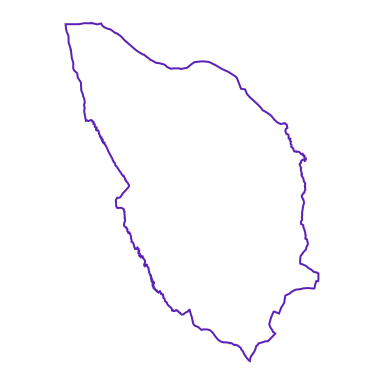 Mbozi, Mbeya, United Republic of Tanzania (Equal Earth projection)
{"feature_id": "72390352B44769786141856", "entity_name": "Mbozi", "entity_type": "district", "adm_level": 2, "iso_a3": "TZA", "parent_name": "United Republic of Tanzania", "parent_adm1": "Mbeya", "projection": "equal_earth", "projection_center": [32.882, -8.972], "detail": "fine", "context": "isolated", "style": "outline", "palette": "violet", "viewbox_px": 384, "rotation_deg": 0, "n_neighbors": 0, "source": "geoboundaries", "source_scale": "gbopen_adm2", "svg_char_len": 5989}
<svg xmlns="http://www.w3.org/2000/svg" viewBox="0 0 384 384"><path d="M236.0,76.8L228.4,71.9L222.2,69.1L216.0,65.4L209.1,62.0L204.1,61.4L200.7,61.4L194.4,62.2L191.6,64.1L187.1,67.8L180.6,69.0L179.7,68.4L172.9,68.4L171.0,68.8L167.0,66.9L165.1,65.0L163.8,64.4L159.3,63.2L155.7,62.7L154.4,61.7L150.5,59.9L148.3,57.9L146.9,57.1L144.2,54.8L142.4,54.3L137.6,51.3L135.2,49.5L124.5,40.2L121.5,36.8L118.7,34.6L116.6,33.3L115.4,33.1L110.5,29.4L106.7,28.4L103.7,26.9L101.8,24.9L101.2,23.5L97.3,24.4L91.7,23.0L91.8,23.3L84.2,23.2L78.9,24.2L65.6,24.2L66.0,28.8L66.8,32.0L68.5,35.8L68.6,42.6L70.3,47.8L70.7,50.1L70.9,50.0L71.8,57.8L73.3,63.1L73.2,68.1L73.5,69.1L74.6,71.0L76.6,72.6L77.3,73.7L77.7,77.5L80.9,82.5L81.3,90.5L82.5,93.5L83.1,95.3L83.0,95.9L84.4,99.2L84.8,102.4L84.0,104.8L84.7,108.3L84.2,110.2L84.2,111.6L85.9,120.8L87.0,120.3L88.1,121.1L91.1,120.0L91.9,120.4L92.4,121.7L93.4,121.6L93.8,122.8L93.5,124.0L94.7,124.3L94.8,126.8L95.4,127.4L95.9,127.1L96.4,127.3L96.7,128.0L96.7,128.5L96.0,129.4L96.2,130.2L96.9,130.4L97.3,130.2L98.3,130.6L98.8,131.9L98.9,133.5L100.1,135.6L99.9,136.6L100.6,137.0L100.9,137.9L101.4,137.7L101.4,138.9L101.9,140.3L102.5,139.4L102.8,139.7L102.7,141.2L103.2,141.9L103.0,142.5L103.8,143.2L104.5,142.8L104.7,144.2L105.2,144.5L105.5,145.5L106.7,147.3L108.4,151.5L112.4,158.8L112.7,160.0L113.5,161.1L113.5,161.9L114.8,163.0L115.5,165.6L116.7,166.6L122.8,175.8L123.6,175.7L124.1,177.1L124.6,177.5L124.9,178.8L125.5,179.3L125.4,180.0L126.1,180.6L126.3,181.5L127.7,182.8L128.8,184.8L129.0,185.6L128.9,186.4L128.2,187.5L123.0,193.2L120.3,197.2L119.3,197.7L117.1,197.8L116.1,199.6L115.8,201.0L116.1,203.8L116.1,206.0L117.3,208.0L121.3,207.8L123.7,209.1L123.9,211.0L124.5,211.5L124.6,212.2L124.3,213.6L124.9,216.7L124.5,217.6L125.0,218.7L125.0,220.8L124.1,223.6L124.0,225.3L124.7,226.6L126.4,227.5L126.5,228.6L127.3,228.9L127.5,230.1L127.3,231.2L128.0,231.9L128.4,233.1L129.0,233.2L129.5,232.7L130.4,234.6L131.1,237.2L131.1,238.7L131.6,240.0L131.5,241.8L132.6,242.2L133.5,243.7L134.6,247.9L134.9,248.5L135.5,248.4L135.6,249.1L136.0,249.1L137.5,247.6L137.7,247.9L137.5,248.5L137.8,248.9L138.4,249.0L138.3,249.4L138.8,250.6L139.2,250.6L138.9,251.6L138.5,251.6L138.5,252.1L138.9,252.3L138.5,253.2L139.8,253.6L139.9,254.0L139.2,255.4L139.4,255.8L140.0,255.5L140.2,256.5L140.7,257.1L141.7,256.0L141.9,256.3L142.8,256.5L142.6,258.0L143.4,258.4L144.7,260.1L145.1,261.7L144.1,264.9L144.4,265.9L144.8,266.3L145.1,266.0L145.4,264.9L146.6,264.5L146.9,264.8L146.8,265.2L147.5,266.7L148.4,267.7L148.9,271.1L149.3,271.7L149.2,272.6L149.8,274.1L150.5,274.8L150.3,275.7L150.5,276.1L151.0,275.9L151.2,276.6L151.0,278.7L151.2,279.1L151.6,279.0L151.4,279.7L151.9,279.9L151.5,280.3L151.5,280.8L152.1,281.6L152.2,282.5L152.4,282.7L153.0,282.0L153.2,282.7L153.5,282.8L153.9,282.4L154.1,282.7L154.0,283.3L152.9,283.9L152.4,285.0L152.7,285.6L153.5,285.5L153.7,285.9L153.1,286.6L153.6,287.1L153.4,287.7L154.1,288.1L154.2,288.6L154.9,288.6L155.1,289.8L155.8,290.1L156.3,290.8L156.8,290.5L157.5,292.0L158.3,292.0L158.5,292.4L159.3,291.5L159.7,291.8L160.0,291.5L160.4,292.6L160.9,292.9L161.0,293.5L161.3,293.3L162.0,294.3L162.9,294.5L162.8,295.4L163.3,296.0L163.4,297.8L164.5,298.7L165.0,301.1L166.7,302.3L167.5,304.4L169.1,306.2L171.1,307.8L172.1,309.7L171.9,310.4L172.2,310.6L172.9,310.3L173.3,311.0L174.6,311.1L175.8,310.1L176.5,310.1L177.1,310.8L177.9,310.9L179.1,312.5L180.0,312.7L180.3,313.4L181.7,314.6L183.4,314.4L185.3,312.7L187.6,311.7L189.0,310.0L189.6,309.8L191.0,314.9L191.6,316.3L193.2,323.5L194.3,325.4L198.4,327.2L201.5,329.9L203.2,329.4L205.9,329.4L207.7,329.5L210.1,330.3L212.4,332.3L215.6,336.8L218.1,339.7L220.4,341.4L224.0,342.5L226.1,342.2L226.7,342.5L229.0,342.7L229.7,343.3L230.6,343.0L232.2,343.5L233.1,344.4L234.3,345.0L235.7,345.1L235.7,344.9L237.8,345.5L240.7,347.9L241.4,349.6L242.9,351.3L244.4,354.5L246.5,357.6L248.7,360.3L249.9,361.0L250.3,358.0L251.4,355.7L253.9,352.3L255.2,349.7L256.2,346.2L258.0,344.6L258.5,343.4L263.2,342.1L264.8,341.4L268.0,341.2L275.2,333.7L274.3,332.6L273.0,331.9L272.4,330.4L270.3,327.2L269.2,324.3L270.2,320.5L271.2,317.2L273.6,311.7L274.5,311.7L279.0,313.5L281.1,307.9L284.2,302.8L285.2,295.9L286.2,295.1L289.6,293.6L291.5,291.8L295.6,289.7L301.3,289.0L302.4,288.5L307.4,288.0L314.1,288.6L314.4,288.3L315.7,282.7L316.3,281.1L318.1,281.2L318.4,279.8L318.4,273.4L317.5,273.2L317.2,272.6L313.6,271.8L311.1,269.5L308.4,268.1L307.3,266.9L305.2,265.5L301.9,264.1L301.0,264.0L300.3,263.6L300.1,263.0L300.4,256.8L300.8,255.6L302.1,254.2L303.1,252.5L306.0,249.4L306.4,247.2L306.9,246.0L307.7,244.9L307.9,243.7L306.9,239.3L305.5,238.9L305.3,238.1L305.8,235.6L305.3,234.6L305.3,232.9L303.8,227.9L303.3,227.1L303.3,225.3L302.6,224.6L301.1,224.1L300.9,222.4L301.4,220.8L302.1,219.9L302.2,218.7L301.8,217.2L302.3,214.9L302.0,213.7L303.0,206.7L304.1,202.5L303.2,199.1L302.8,199.0L301.9,196.9L301.8,195.6L303.5,193.1L304.3,192.8L304.4,191.6L305.1,190.2L305.4,189.2L305.1,188.6L305.1,186.7L304.9,186.6L304.8,186.0L305.3,183.8L304.7,182.5L304.0,181.7L303.3,178.1L301.9,176.3L301.9,175.3L301.6,175.2L301.4,174.1L301.8,173.9L301.8,173.2L300.8,170.1L301.0,169.2L300.8,168.4L301.1,167.7L300.3,166.3L299.6,164.3L299.9,163.6L300.8,163.2L301.3,160.7L302.9,159.6L303.9,159.8L304.6,161.0L305.0,160.8L305.9,159.4L305.9,158.6L304.9,158.9L304.6,157.5L304.1,156.8L304.7,156.1L304.4,155.6L303.6,155.7L302.9,155.3L302.7,154.7L302.9,154.1L302.6,153.7L301.2,154.2L299.3,152.0L297.0,151.5L296.7,151.9L295.6,151.3L294.6,151.6L293.6,150.4L293.5,149.2L292.6,147.7L291.4,147.1L291.2,146.4L291.5,145.9L291.5,145.1L290.8,144.2L290.6,142.8L291.0,141.5L289.9,140.7L289.8,139.9L290.4,138.9L289.8,138.5L289.1,138.7L288.6,138.4L288.6,135.8L288.3,134.6L286.4,133.9L286.3,133.2L285.5,131.7L285.4,130.7L285.9,128.9L287.4,127.9L286.7,124.6L285.4,124.0L284.9,123.1L281.2,124.0L279.2,123.4L277.0,122.2L274.6,119.9L271.2,115.8L267.4,112.9L262.5,110.1L260.7,107.5L257.7,104.4L249.8,97.2L246.8,93.8L245.2,89.5L241.0,88.7L236.8,77.7L236.0,76.8Z" fill="none" stroke="#5b21b6" stroke-width="2"/></svg>